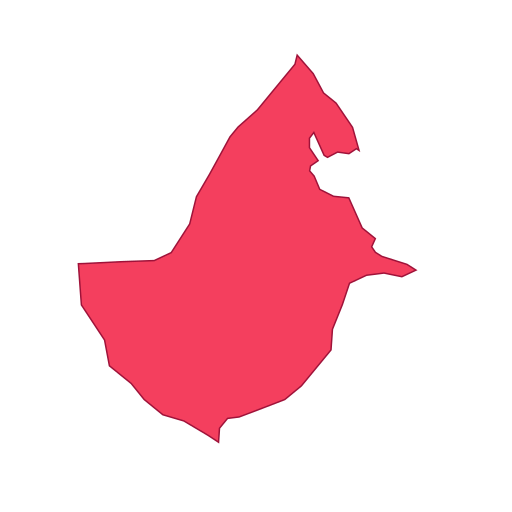 outline of Thaethan, Hwanghae-namdo, North Korea, rotated 219°
{"feature_id": "82179303B3017694876336", "entity_name": "Thaethan", "entity_type": "district", "adm_level": 2, "iso_a3": "PRK", "parent_name": "North Korea", "parent_adm1": "Hwanghae-namdo", "projection": "orthographic", "projection_center": [125.244, 38.144], "detail": "fine", "context": "isolated", "style": "filled", "palette": "rose", "viewbox_px": 512, "rotation_deg": 219, "n_neighbors": 0, "source": "geoboundaries", "source_scale": "gbopen_adm2", "svg_char_len": 990}
<svg xmlns="http://www.w3.org/2000/svg" viewBox="0 0 512 512"><g transform="rotate(219 256 256)"><path d="M138.7,219.1L138.6,230.2L150.5,247.2L158.3,272.6L166.2,293.7L158.0,310.6L145.8,323.3L129.6,331.7L122.8,345.7L133.4,344.5L157.9,334.9L165.5,334.0L171.9,335.9L174.2,344.6L191.1,344.6L220.5,359.6L233.3,351.2L248.4,347.9L261.1,354.7L267.9,355.9L270.3,360.3L267.7,369.2L282.6,373.8L288.6,381.2L288.8,388.4L266.4,377.1L262.5,377.7L258.0,388.1L248.2,394.0L245.5,402.6L242.4,402.9L261.9,416.7L290.0,425.2L306.1,425.2L326.2,433.7L350.4,438.0L346.4,429.5L346.6,408.4L346.7,395.7L346.9,370.3L351.1,345.0L351.2,332.3L347.3,311.1L343.5,290.0L339.6,264.6L327.7,239.2L324.0,205.3L332.2,188.4L356.5,167.3L384.8,142.0L389.2,138.2L368.9,116.6L360.9,108.1L320.8,95.4L300.8,78.4L272.7,78.4L252.6,74.1L228.5,74.0L208.3,82.4L180.2,86.5L167.9,87.7L176.0,99.2L175.9,111.9L167.8,120.3L155.5,141.4L143.3,162.6L139.0,183.7L138.9,196.4L138.7,219.1Z" fill="#f43f5e" stroke="#9f1239" stroke-width="1.5"/></g></svg>